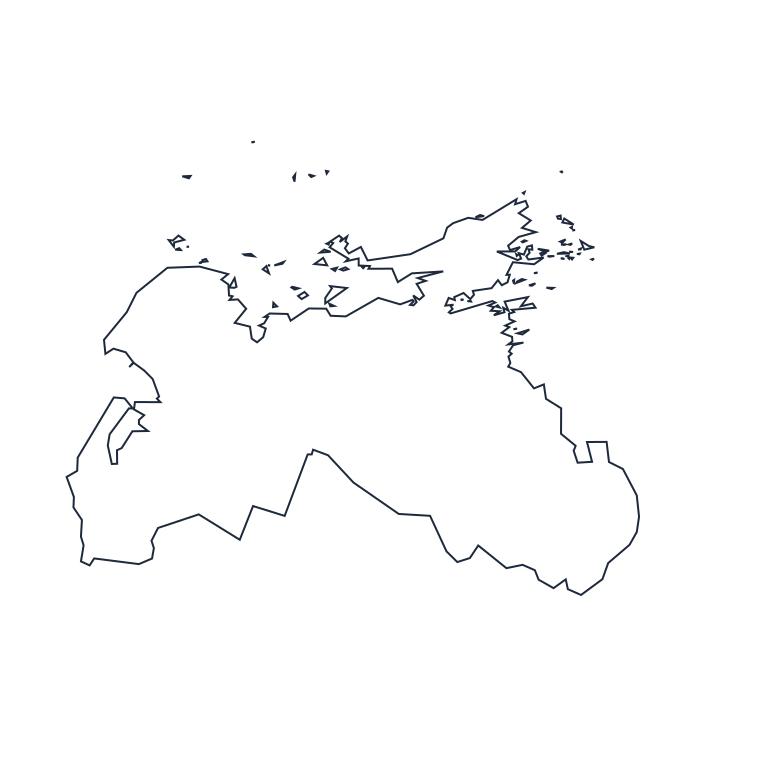 the district of Helgafellssveit, Vesturland, Iceland, rotated 15°
{"feature_id": "244011B42475995928988", "entity_name": "Helgafellssveit", "entity_type": "district", "adm_level": 2, "iso_a3": "ISL", "parent_name": "Iceland", "parent_adm1": "Vesturland", "projection": "orthographic", "projection_center": [-22.792, 64.982], "detail": "fine", "context": "isolated", "style": "outline", "palette": "slate", "viewbox_px": 768, "rotation_deg": 15, "n_neighbors": 0, "source": "geoboundaries", "source_scale": "gbopen_adm2", "svg_char_len": 6226}
<svg xmlns="http://www.w3.org/2000/svg" viewBox="0 0 768 768"><g transform="rotate(15 384 384)"><path d="M133.5,433.6L136.7,428.3L149.0,433.1L159.3,439.1L170.0,454.3L168.4,456.9L172.7,459.4L148.1,465.9L149.1,473.3L160.4,476.2L156.6,482.2L157.7,486.2L168.1,490.5L153.2,494.8L147.2,513.8L143.2,517.1L146.9,530.1L141.8,531.7L133.1,514.8L132.0,503.6L143.9,473.6L147.7,472.7L137.2,465.0L126.5,466.9L107.2,534.4L110.1,547.3L101.5,555.9L113.7,573.4L116.0,583.6L127.4,593.5L130.8,609.9L135.6,617.6L137.2,633.8L146.6,635.4L149.2,627.5L193.9,621.4L205.1,612.6L204.2,602.1L200.0,595.6L203.0,581.5L238.8,557.9L285.0,571.8L289.1,535.8L322.2,537.1L328.5,471.8L332.4,470.7L332.5,465.8L348.4,467.3L380.0,487.1L431.9,505.7L462.6,499.4L487.7,529.5L500.9,537.0L512.0,529.9L516.8,515.6L549.9,530.2L564.7,522.8L577.9,524.8L584.0,533.0L600.6,537.3L610.1,525.7L614.7,534.6L628.9,536.8L645.5,516.0L646.9,498.9L662.8,475.8L666.5,461.5L664.7,446.2L657.0,426.2L636.8,404.3L621.5,401.1L614.0,382.3L595.1,387.5L605.1,405.3L591.4,409.9L584.5,399.4L585.1,394.1L567.9,386.3L561.4,361.6L544.3,356.4L538.5,343.0L530.0,349.4L513.3,337.1L499.5,335.1L500.6,331.0L497.1,325.3L499.5,321.7L496.3,320.3L498.7,313.1L508.0,307.9L493.8,313.6L497.0,309.6L495.5,305.3L484.4,304.1L490.3,296.7L486.0,296.2L493.9,289.7L488.3,288.9L486.5,283.8L491.1,280.8L488.3,279.3L510.6,271.1L506.8,267.8L496.1,273.5L500.5,262.8L479.2,273.2L485.3,281.0L479.5,279.5L481.8,283.5L472.3,289.2L476.9,283.8L468.2,285.6L470.4,281.3L464.5,281.2L470.4,276.5L467.2,275.8L430.1,298.6L428.1,298.0L430.8,293.7L428.0,291.4L430.6,289.4L423.0,292.4L424.2,284.1L430.7,284.6L429.4,281.9L437.3,275.5L445.4,279.7L447.8,274.5L445.7,271.1L463.1,263.6L467.2,254.2L472.2,258.1L477.0,253.8L477.2,245.9L474.1,246.9L477.0,233.0L498.0,229.5L505.5,220.5L491.2,226.4L488.4,223.8L490.7,219.5L488.7,216.5L492.5,215.9L491.0,211.8L486.8,214.3L485.6,222.8L480.4,222.7L484.0,227.4L480.9,229.7L458.7,226.8L476.4,222.0L480.0,216.5L471.1,222.0L468.1,218.3L476.0,207.1L491.4,198.0L476.9,197.5L483.4,188.1L470.0,184.1L477.2,175.5L473.4,170.5L464.1,176.4L464.2,171.2L436.7,200.0L422.3,201.7L409.2,210.7L404.5,216.6L403.7,227.9L375.9,251.8L336.2,268.9L326.2,257.6L316.2,267.0L311.1,263.0L312.8,257.7L309.8,256.3L310.2,251.0L304.5,258.3L305.7,254.0L302.2,252.3L295.1,260.4L298.4,261.0L296.1,266.0L317.2,272.2L315.3,275.4L327.0,269.3L328.9,276.1L339.9,273.7L339.2,276.7L362.0,270.5L371.0,282.0L382.3,269.9L412.1,259.9L389.2,272.9L397.6,273.6L389.6,278.8L399.7,288.4L396.3,293.4L389.3,290.9L394.3,296.4L392.1,300.4L388.7,300.8L391.2,296.5L389.7,295.4L379.0,302.9L356.2,302.3L329.6,328.6L314.8,331.9L308.7,326.2L291.8,330.5L277.4,347.0L272.8,341.3L255.3,345.5L251.3,350.1L254.6,349.3L252.5,356.4L248.2,359.9L255.4,361.0L255.2,370.0L250.6,376.6L244.5,374.4L239.7,363.3L224.0,363.6L231.4,347.0L221.0,340.1L213.0,342.8L215.0,338.5L211.4,338.6L207.9,328.1L199.9,325.2L205.0,318.2L175.5,318.3L144.7,327.8L121.3,360.0L116.9,381.3L102.1,413.8L107.1,427.0L113.5,419.9L126.3,420.2L136.3,428.0L133.5,433.6ZM323.3,300.9L306.6,303.4L308.9,305.2L305.0,316.1L306.4,321.4L323.3,300.9ZM147.1,293.8L142.9,300.0L138.8,300.7L145.5,305.8L144.7,301.6L153.8,296.4L147.1,293.8ZM298.4,284.1L292.6,277.9L285.8,286.1L298.4,284.1ZM526.0,180.9L515.3,177.5L514.5,181.8L526.0,180.9ZM537.0,194.9L542.7,202.4L551.8,197.5L546.2,197.7L537.0,194.9ZM216.4,328.3L212.3,320.4L209.6,330.8L214.6,329.8L216.4,328.3ZM523.6,210.1L517.3,213.5L529.8,209.8L523.6,210.1ZM287.6,318.1L283.4,315.7L278.2,321.2L282.5,323.3L287.6,318.1ZM504.9,300.3L510.3,293.8L499.8,300.5L504.9,300.3ZM298.2,270.1L291.5,269.6L288.3,273.6L298.2,270.1ZM509.0,212.4L497.5,213.6L505.6,214.5L509.0,212.4ZM256.9,338.5L260.6,336.7L256.1,334.1L256.9,338.5ZM247.3,297.9L254.8,294.1L255.7,291.9L247.3,297.9ZM244.3,306.9L239.9,300.6L237.2,304.6L244.3,306.9ZM512.2,178.9L511.0,175.6L507.8,177.4L509.3,179.3L512.2,178.9ZM225.5,294.3L221.8,292.7L215.0,295.1L216.4,295.6L225.5,294.3ZM142.3,235.8L143.3,233.1L135.4,235.6L142.3,235.8ZM437.2,195.9L433.1,195.9L429.2,199.2L437.2,195.9ZM319.7,282.3L316.6,281.3L312.1,284.6L315.4,285.0L319.7,282.3ZM492.9,246.9L490.0,246.9L486.1,250.5L485.5,252.3L492.9,246.9ZM501.5,250.8L504.2,247.6L498.5,251.2L501.5,250.8ZM242.7,207.9L245.2,211.7L244.0,204.6L242.7,207.9ZM276.7,313.7L270.3,313.8L269.6,314.7L273.3,315.9L276.7,313.7ZM307.5,287.5L308.5,283.8L303.9,286.4L307.5,287.5ZM153.1,307.2L151.1,305.8L147.6,308.3L153.1,307.2ZM312.1,322.9L315.7,321.5L310.4,320.6L312.1,322.9ZM260.2,202.9L262.3,201.2L256.9,201.1L260.2,202.9ZM181.7,311.2L179.6,309.3L176.5,311.3L177.2,313.0L181.7,311.2ZM521.4,248.9L522.8,247.3L515.9,248.9L521.4,248.9ZM510.9,218.2L515.4,216.3L508.8,218.2L510.9,218.2ZM517.3,200.9L519.7,201.3L522.0,197.3L517.3,200.9ZM505.8,216.1L502.6,216.3L501.1,217.5L503.0,219.2L505.8,216.1ZM518.8,203.4L522.0,203.1L524.0,201.8L518.8,203.4ZM475.9,280.2L473.5,278.5L471.9,280.1L475.9,280.2ZM274.2,195.6L275.1,193.0L272.8,193.2L274.2,195.6ZM483.5,253.5L482.8,249.7L481.9,250.7L483.5,253.5ZM484.3,209.0L482.4,208.8L480.3,210.9L481.4,211.3L484.3,209.0ZM294.4,263.7L294.5,261.5L292.2,263.3L294.4,263.7ZM533.4,215.0L534.1,213.1L531.4,213.6L533.4,215.0ZM469.9,164.1L470.1,162.2L468.7,163.5L469.9,164.1ZM446.3,281.4L443.0,282.4L446.7,281.8L446.3,281.4ZM479.1,225.9L480.0,224.7L478.2,224.4L479.1,225.9ZM536.7,204.0L539.1,203.0L539.2,202.1L536.7,204.0ZM333.9,277.6L334.7,276.0L332.7,276.8L333.9,277.6ZM528.1,201.4L529.4,199.5L526.4,201.4L528.1,201.4ZM436.2,282.5L437.4,282.8L439.0,281.8L436.2,282.5ZM528.7,214.1L530.5,215.3L530.7,214.4L528.7,214.1ZM553.2,210.2L554.4,208.5L552.2,209.9L553.2,210.2ZM500.1,238.1L502.0,237.6L503.5,236.5L500.1,238.1ZM174.0,315.1L176.0,314.3L175.9,313.4L174.0,315.1ZM536.7,208.5L539.2,208.1L539.4,207.3L536.7,208.5ZM529.8,208.3L532.5,207.5L529.6,208.0L529.8,208.3ZM193.4,184.8L194.6,184.6L196.5,183.3L193.4,184.8ZM526.0,216.6L523.6,216.3L522.3,217.0L526.0,216.6ZM525.3,185.2L524.9,183.6L523.7,184.6L525.3,185.2ZM501.9,133.7L500.6,132.6L500.0,133.2L501.9,133.7ZM241.1,299.1L242.3,299.4L243.3,299.0L241.1,299.1ZM527.2,186.6L528.7,185.8L527.1,186.1L527.2,186.6ZM494.8,297.6L497.3,296.6L498.1,295.9L494.8,297.6ZM157.9,302.6L159.0,302.4L160.0,301.6L157.9,302.6ZM526.1,213.7L528.6,212.9L529.9,212.0L526.1,213.7Z" fill="none" stroke="#1e293b" stroke-width="2"/></g></svg>